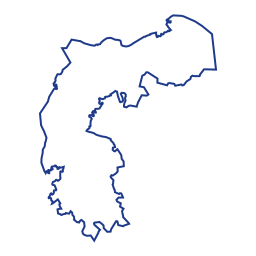 outline of Zaki, Bauchi, Nigeria
{"feature_id": "59680162B26282391091652", "entity_name": "Zaki", "entity_type": "district", "adm_level": 2, "iso_a3": "NGA", "parent_name": "Nigeria", "parent_adm1": "Bauchi", "projection": "natural_earth1", "projection_center": [10.356, 12.194], "detail": "fine", "context": "isolated", "style": "outline", "palette": "blue", "viewbox_px": 256, "rotation_deg": 0, "n_neighbors": 0, "source": "geoboundaries", "source_scale": "gbopen_adm2", "svg_char_len": 5618}
<svg xmlns="http://www.w3.org/2000/svg" viewBox="0 0 256 256"><path d="M45.7,173.0L45.9,172.5L46.4,172.0L46.4,171.4L46.7,171.2L47.1,171.2L47.2,171.6L47.1,172.2L49.0,173.3L49.3,173.1L49.1,171.1L48.3,170.4L48.4,170.0L48.8,170.0L50.1,170.5L50.8,170.4L51.0,169.6L51.5,169.8L52.5,169.4L52.7,169.1L52.4,168.7L51.7,169.1L51.4,168.7L51.4,167.4L51.7,166.7L53.4,166.3L55.5,166.2L55.5,165.6L56.0,165.8L56.1,166.5L56.5,167.0L57.3,167.0L57.6,167.1L57.7,167.8L57.4,168.4L57.5,168.9L58.4,168.9L59.2,168.2L59.3,167.7L59.7,167.2L60.9,167.7L63.7,166.8L63.3,168.9L62.7,170.0L62.9,171.3L62.5,171.8L61.6,171.7L60.8,171.3L60.3,171.7L60.2,176.6L60.5,177.9L60.3,178.9L58.5,180.6L57.6,180.7L56.7,179.9L56.1,179.8L54.7,181.3L53.0,181.9L52.6,182.6L52.3,184.0L52.4,184.7L54.6,185.3L56.1,189.0L56.3,189.6L56.0,190.3L55.5,190.4L54.2,190.3L54.0,190.6L53.8,191.4L53.9,192.7L53.3,193.9L52.5,194.5L52.1,194.5L51.7,194.0L51.4,193.4L50.8,193.5L50.4,194.0L50.3,194.5L49.7,196.4L48.9,196.8L48.6,197.8L48.8,198.2L50.3,198.0L50.8,198.1L51.2,198.6L51.2,200.0L51.3,200.5L52.5,201.2L52.7,202.0L52.0,203.7L52.7,203.4L57.8,199.4L60.3,203.4L59.3,204.3L59.7,206.1L61.2,208.7L59.4,208.8L57.5,209.4L58.1,213.5L60.4,214.2L60.9,214.8L61.5,215.0L63.2,214.2L65.5,213.8L65.8,213.0L69.1,213.7L70.6,211.2L72.1,212.5L72.5,215.0L73.9,216.5L74.3,219.1L74.0,219.7L75.4,220.8L76.5,221.8L77.3,222.3L78.7,222.0L79.1,222.4L80.5,220.4L81.5,220.0L84.1,222.2L84.6,226.4L82.3,231.3L82.9,233.7L83.9,234.4L84.4,234.9L87.0,235.8L90.7,235.5L94.2,240.6L98.4,232.7L98.6,231.5L100.0,229.8L94.3,224.7L94.0,223.2L94.7,222.6L99.5,222.0L102.5,224.4L103.5,225.4L103.8,228.2L107.3,231.8L110.6,231.6L111.1,229.3L116.1,221.2L117.4,221.4L118.3,225.1L123.3,226.2L123.9,225.6L129.1,223.8L128.3,222.6L123.1,217.1L123.2,216.5L122.1,211.6L122.1,210.9L123.5,208.7L120.0,206.6L120.8,203.3L117.8,201.9L116.8,200.9L116.5,199.7L118.7,197.5L119.6,197.6L123.0,197.5L121.3,193.5L120.0,193.2L119.1,194.0L115.0,192.2L114.6,189.5L114.1,189.1L112.6,184.6L113.0,184.1L113.4,180.2L111.0,177.6L110.6,176.4L111.5,175.2L112.7,175.6L115.7,173.6L117.1,172.2L117.7,171.3L117.5,167.5L123.8,166.2L123.6,161.4L121.7,158.9L121.3,155.4L120.9,154.5L117.4,149.2L116.0,150.3L115.0,151.3L114.2,151.2L112.7,149.9L112.9,147.7L115.1,147.1L114.6,145.1L113.8,144.3L113.6,143.8L113.6,143.3L110.7,140.2L110.7,139.0L106.1,137.1L103.9,136.7L103.0,136.7L97.6,135.2L96.1,134.6L93.7,133.1L91.5,132.4L89.4,132.0L86.5,131.0L86.5,130.7L87.4,129.6L88.2,129.0L89.0,128.6L89.4,128.2L89.6,127.7L89.6,127.4L89.3,127.0L89.3,126.5L90.3,126.3L90.6,125.9L90.4,123.7L90.6,122.9L90.7,121.0L90.9,120.3L91.5,119.6L91.7,119.0L91.7,118.5L91.1,117.7L90.5,117.5L89.3,116.7L89.2,116.1L89.2,115.6L89.5,115.2L90.4,115.3L91.0,115.0L91.8,115.3L92.5,115.8L93.1,116.1L93.7,116.1L93.8,115.8L93.8,115.0L93.2,113.9L92.5,113.4L92.1,112.7L92.3,112.1L93.0,111.3L93.5,111.0L94.1,111.5L94.3,112.2L94.8,112.5L95.8,112.6L95.9,112.2L95.7,111.9L95.1,110.7L95.1,109.8L95.3,109.0L95.8,108.8L98.2,108.8L99.5,108.5L100.3,107.1L101.2,105.8L101.6,104.9L102.7,103.7L102.5,102.8L102.1,102.7L100.3,103.9L99.7,103.9L99.3,103.4L99.1,102.8L99.2,102.1L99.8,100.9L99.5,99.9L99.1,99.5L99.0,98.8L99.3,98.4L99.6,98.2L102.5,99.1L103.0,99.1L104.1,98.6L104.9,98.3L105.2,97.7L105.2,96.9L106.3,96.7L107.5,96.7L110.9,95.4L110.4,94.4L113.4,92.5L115.2,91.0L117.0,91.6L117.8,95.7L120.0,102.0L120.5,102.2L122.4,101.5L123.1,100.6L122.5,97.6L120.8,93.9L121.6,92.8L124.4,93.1L125.6,94.3L125.7,94.6L125.8,96.3L125.0,98.0L125.3,99.6L125.6,100.4L124.3,103.5L124.0,105.2L124.0,106.6L126.4,107.4L128.6,105.9L130.3,105.5L136.7,106.7L137.0,105.4L138.1,102.3L141.7,95.3L146.8,95.6L148.4,94.5L143.9,87.2L139.6,86.4L142.3,75.7L144.6,74.6L146.3,72.3L147.9,72.4L157.5,78.6L157.4,82.7L167.1,85.3L168.1,83.4L169.6,83.0L171.1,83.4L173.1,83.6L174.4,84.0L175.2,85.7L181.5,84.5L182.3,85.4L183.7,85.1L186.6,81.4L190.3,79.1L191.0,76.8L192.3,75.7L194.0,76.1L199.5,76.1L199.9,75.5L199.9,74.7L203.5,70.0L203.7,69.5L204.4,69.3L216.0,69.6L212.0,34.1L202.0,25.9L195.1,21.4L183.7,16.4L181.2,15.8L173.2,15.4L170.7,16.8L168.6,18.8L168.3,19.5L167.7,19.2L167.4,19.3L166.6,20.0L166.7,20.8L167.5,21.3L169.3,21.5L169.8,21.2L170.7,21.3L170.6,22.3L170.4,22.6L168.3,22.3L167.7,22.4L167.1,22.8L166.4,24.5L167.9,26.3L168.1,26.9L170.7,29.9L169.8,30.1L170.0,30.5L169.6,31.1L168.9,31.3L168.3,31.0L167.8,31.1L167.7,31.0L166.5,32.1L165.5,32.3L164.5,32.3L164.0,32.8L163.7,33.9L163.0,34.4L162.2,34.6L162.0,34.3L161.8,34.0L161.6,33.8L161.3,33.8L161.1,34.1L160.8,35.8L160.6,36.2L160.2,36.3L158.4,35.8L158.3,36.2L157.6,37.0L157.0,37.1L156.2,35.3L156.2,34.5L156.1,33.9L156.1,32.6L151.7,33.6L150.2,34.1L150.3,34.6L146.2,36.0L145.1,36.8L144.2,36.7L133.4,43.2L130.8,45.0L128.9,45.9L126.9,46.4L125.6,46.4L122.8,45.9L121.5,45.0L121.2,44.3L121.2,43.5L120.5,40.8L119.5,40.2L118.9,40.2L118.0,39.9L115.2,39.7L112.0,38.3L110.3,37.8L106.7,38.3L104.1,40.0L101.5,42.1L100.0,44.2L98.4,44.4L97.7,45.0L97.1,44.5L96.2,44.6L94.7,45.7L90.9,45.2L84.3,43.3L80.1,41.0L79.8,41.1L71.6,39.6L66.5,48.1L62.1,48.2L70.4,62.5L67.2,66.2L62.6,69.9L62.4,71.5L60.9,74.0L59.6,74.4L57.7,74.2L57.4,74.4L57.2,74.7L55.3,78.8L55.6,80.3L55.5,80.8L54.6,82.3L54.7,82.6L53.6,83.4L53.7,84.1L54.3,84.6L54.2,85.0L53.9,85.4L54.0,85.7L54.2,85.8L54.4,85.7L54.7,85.2L55.0,85.1L55.3,85.0L55.7,85.2L55.9,84.8L56.1,84.6L56.3,84.7L56.2,85.8L55.5,86.8L55.6,87.1L56.0,87.2L56.5,86.4L56.8,86.5L56.7,87.6L56.6,88.1L57.0,88.6L56.9,88.8L56.2,89.1L55.7,88.9L55.4,88.4L54.8,88.3L53.9,89.1L49.2,96.8L47.9,101.6L40.0,113.4L41.1,125.3L44.2,131.7L46.5,137.8L45.6,141.6L45.2,142.4L44.7,146.4L42.8,149.6L42.7,152.8L41.5,158.6L41.4,162.8L44.3,170.8L44.8,171.9L45.4,172.4L45.7,173.0Z" fill="none" stroke="#1e3a8a" stroke-width="2"/></svg>